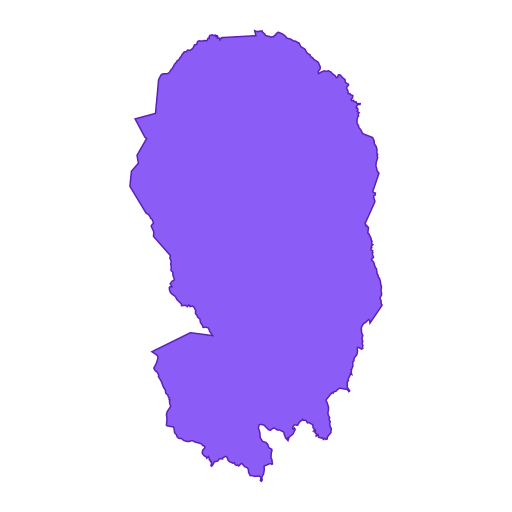 Maguarichi, Chihuahua, Mexico
{"feature_id": "50627088B68228715353829", "entity_name": "Maguarichi", "entity_type": "district", "adm_level": 2, "iso_a3": "MEX", "parent_name": "Mexico", "parent_adm1": "Chihuahua", "projection": "mercator", "projection_center": [-107.951, 27.819], "detail": "fine", "context": "isolated", "style": "filled", "palette": "violet", "viewbox_px": 512, "rotation_deg": 0, "n_neighbors": 0, "source": "geoboundaries", "source_scale": "gbopen_adm2", "svg_char_len": 6026}
<svg xmlns="http://www.w3.org/2000/svg" viewBox="0 0 512 512"><path d="M211.4,466.2L212.4,465.6L214.4,461.7L217.7,461.1L219.4,458.8L222.6,458.9L222.5,458.0L225.5,456.4L227.1,457.3L228.1,460.3L229.2,461.5L232.9,463.2L234.2,462.6L235.1,464.6L236.0,465.1L237.9,465.3L238.7,466.0L241.0,463.7L242.1,463.6L244.6,466.6L247.2,467.7L248.3,469.2L248.6,472.4L250.2,475.6L252.6,475.7L254.7,476.4L259.5,476.1L260.9,477.5L260.4,480.6L261.3,481.3L262.0,480.6L262.2,479.6L261.8,477.2L263.6,473.8L264.3,469.5L264.1,466.1L269.7,463.7L270.8,463.7L271.9,464.4L272.5,463.9L271.8,459.3L271.0,457.8L271.3,452.5L271.9,451.3L271.8,449.3L269.2,447.9L268.1,446.0L268.0,444.8L266.1,442.5L262.6,441.4L260.2,437.6L259.9,432.8L258.4,427.8L259.1,424.9L260.9,424.3L264.1,425.2L268.8,429.9L270.4,430.3L273.1,428.1L274.4,428.1L277.5,430.1L279.4,429.9L283.9,432.2L284.2,434.4L285.7,438.1L286.4,438.9L287.5,438.1L287.3,439.8L288.0,440.6L289.1,437.2L292.9,434.1L295.0,429.8L295.1,429.1L294.4,428.1L293.9,428.6L294.3,429.2L292.5,428.7L293.2,426.2L294.4,425.0L296.2,424.9L297.0,425.4L297.9,425.0L298.2,423.9L300.4,421.1L301.6,420.6L302.5,419.4L303.1,420.2L306.1,420.5L307.4,422.9L309.1,422.6L312.8,424.8L313.1,427.9L314.8,429.4L313.7,430.8L315.3,430.6L314.5,431.8L315.2,432.0L315.2,432.8L317.0,434.3L316.1,435.2L316.2,436.1L318.1,434.9L318.6,437.3L321.7,438.1L322.7,437.9L323.3,439.5L324.8,438.6L325.6,438.8L325.8,439.4L327.2,439.0L327.5,436.8L331.0,432.5L330.9,430.7L331.4,429.5L331.0,427.8L330.4,427.4L329.6,423.6L330.3,421.8L329.0,419.5L329.7,417.8L328.0,414.6L328.2,413.7L327.8,412.4L328.3,411.2L328.6,407.3L326.9,402.0L326.1,400.9L326.3,399.6L331.3,393.4L332.5,392.7L333.1,393.1L333.3,392.0L335.9,391.3L337.7,389.4L339.8,388.2L346.8,389.4L348.2,390.4L348.8,391.6L349.7,390.9L347.2,387.2L347.4,383.6L347.0,382.4L348.5,380.4L348.1,380.0L348.2,379.0L350.4,374.5L350.2,373.8L350.5,373.6L351.7,374.4L351.2,372.3L351.5,370.2L351.2,369.4L351.8,368.9L352.9,366.1L352.7,361.8L353.9,360.8L354.1,358.2L356.9,354.6L357.5,351.5L357.3,347.5L358.4,347.3L361.4,349.1L362.8,348.5L362.5,347.4L362.9,345.4L362.1,343.5L362.8,341.4L361.9,338.7L362.8,335.5L361.6,332.7L361.3,328.4L361.6,326.8L363.6,323.5L365.4,322.6L368.7,319.5L369.6,320.3L370.0,323.1L382.1,305.2L381.0,303.0L381.2,301.2L380.2,298.6L380.1,297.4L381.5,295.3L381.6,293.7L380.9,289.8L381.4,288.6L381.4,286.2L380.6,283.9L380.6,282.2L379.4,278.1L378.5,277.3L377.9,274.8L377.3,274.3L376.4,268.7L375.3,267.5L373.7,262.2L371.5,259.8L371.6,259.2L373.5,257.4L372.3,253.8L372.9,252.6L372.4,251.8L372.7,250.8L371.1,249.8L371.0,248.2L371.1,247.6L371.8,247.6L371.5,245.6L372.9,244.7L371.7,243.7L371.7,241.7L372.1,241.4L371.0,239.6L371.2,238.6L368.8,233.7L367.8,233.0L368.5,227.5L366.6,225.7L366.6,224.7L366.0,225.8L365.1,223.5L374.8,202.0L374.9,201.1L373.5,196.9L373.8,196.0L375.1,195.1L375.4,193.1L373.5,192.5L372.8,191.4L379.0,173.2L378.0,172.4L378.0,171.8L376.7,170.2L376.8,168.5L375.9,166.0L376.2,162.6L377.7,157.5L377.1,155.4L377.7,154.4L376.8,153.2L377.0,149.7L376.3,146.8L374.3,143.6L374.2,141.0L372.6,137.5L362.8,133.7L360.5,129.4L358.7,127.4L358.7,126.0L357.0,123.1L357.1,119.1L357.8,116.7L358.6,116.0L358.1,113.9L359.2,112.7L357.1,111.4L358.0,110.0L357.5,108.0L356.5,108.2L356.1,106.8L358.1,104.5L360.0,104.5L360.2,103.6L356.9,103.6L356.1,101.8L354.2,101.8L353.6,100.4L351.7,100.8L351.2,99.0L352.5,98.0L352.8,95.5L350.5,94.7L350.0,93.6L348.2,93.6L347.8,90.3L346.6,88.6L346.7,87.3L348.6,85.0L348.4,84.2L345.4,82.5L345.0,79.5L342.7,77.8L340.6,75.4L339.9,74.8L338.4,74.8L337.6,77.2L336.3,77.6L335.2,75.8L332.2,73.6L331.2,72.2L328.3,70.7L326.9,71.4L324.1,70.9L320.6,72.3L319.3,73.5L318.5,73.5L318.3,71.4L320.1,69.0L320.3,67.1L318.3,62.3L313.6,59.2L312.8,57.8L310.8,56.8L310.1,54.9L307.2,53.2L304.8,49.0L300.9,46.7L298.8,42.7L298.0,42.8L295.6,41.1L293.8,41.1L290.7,39.1L287.0,38.2L284.9,35.7L282.0,33.7L278.3,32.2L276.2,33.6L275.4,35.4L274.5,35.5L273.0,36.9L272.0,36.7L271.0,37.3L269.7,36.5L265.5,35.6L265.1,34.4L262.3,31.9L262.1,30.9L256.9,31.6L254.7,30.7L255.9,35.7L221.7,37.6L219.9,39.9L219.6,38.2L217.3,38.1L217.7,36.8L216.4,36.6L217.5,36.1L217.3,35.8L215.2,35.1L213.5,35.5L212.1,34.8L209.8,35.5L209.2,36.5L209.3,38.4L208.0,38.3L206.8,40.8L203.7,40.5L202.2,41.2L199.4,40.8L198.1,41.2L197.5,41.7L196.7,44.4L194.5,44.8L193.0,48.1L190.9,49.9L190.2,50.4L187.7,50.0L186.3,51.7L184.2,51.9L181.9,54.8L180.9,57.0L180.2,57.3L179.2,59.4L177.1,60.8L176.6,62.0L174.7,64.1L172.1,68.9L171.3,69.4L169.0,72.9L167.2,73.7L163.0,73.8L161.2,74.8L159.9,77.0L158.6,79.7L155.5,113.4L135.1,118.9L144.9,137.2L146.7,138.4L137.0,155.3L138.4,163.2L131.4,171.3L129.9,186.3L146.0,213.0L148.6,214.7L149.9,216.3L150.5,218.1L152.2,219.5L153.5,223.0L151.6,225.2L151.2,226.2L153.8,231.9L153.5,236.4L170.4,255.6L169.8,258.0L171.2,261.1L170.7,264.4L171.3,266.9L170.9,270.3L172.9,272.4L172.9,275.2L174.4,279.2L174.1,280.1L171.9,281.4L170.2,283.8L172.0,286.7L169.9,286.8L169.3,287.6L169.4,289.5L170.3,292.3L171.7,293.9L175.4,296.5L177.0,299.7L181.4,303.9L181.5,305.7L185.6,305.3L187.4,306.7L188.8,304.9L189.5,305.4L190.0,306.6L192.7,306.1L194.3,307.6L195.8,311.1L195.4,312.1L195.6,313.9L196.9,315.1L197.6,317.1L199.9,319.0L200.4,322.4L202.5,325.6L202.9,327.2L203.8,327.5L205.8,327.1L208.4,328.0L209.7,331.4L212.6,335.6L190.4,332.7L151.9,351.7L156.6,354.9L157.5,355.9L158.0,358.0L156.3,363.5L153.8,368.1L155.3,370.9L156.7,371.6L158.2,374.0L158.7,374.8L158.4,376.6L161.1,381.0L163.6,387.5L165.6,390.4L165.4,391.5L165.9,393.4L167.9,395.2L168.5,397.4L169.6,398.3L169.1,399.6L170.0,400.1L169.5,400.9L169.5,402.0L170.0,404.6L170.8,406.2L167.0,411.9L166.8,413.8L166.4,414.3L167.0,418.9L166.4,425.2L167.3,425.9L173.1,426.9L174.0,428.3L174.6,432.9L176.2,434.4L177.2,436.9L178.9,438.4L181.5,438.6L183.8,440.5L186.8,441.4L189.0,441.6L191.3,440.7L192.9,440.7L194.9,442.0L201.3,443.7L202.6,445.4L204.5,446.2L204.9,447.0L204.5,448.2L202.7,450.2L202.2,452.5L202.4,453.6L204.4,456.0L205.9,456.6L206.8,458.3L208.4,456.5L209.1,458.0L209.3,459.8L210.1,459.8L210.5,461.5L211.2,461.4L211.5,463.4L211.0,465.3L211.4,466.2Z" fill="#8b5cf6" stroke="#5b21b6" stroke-width="1.5"/></svg>